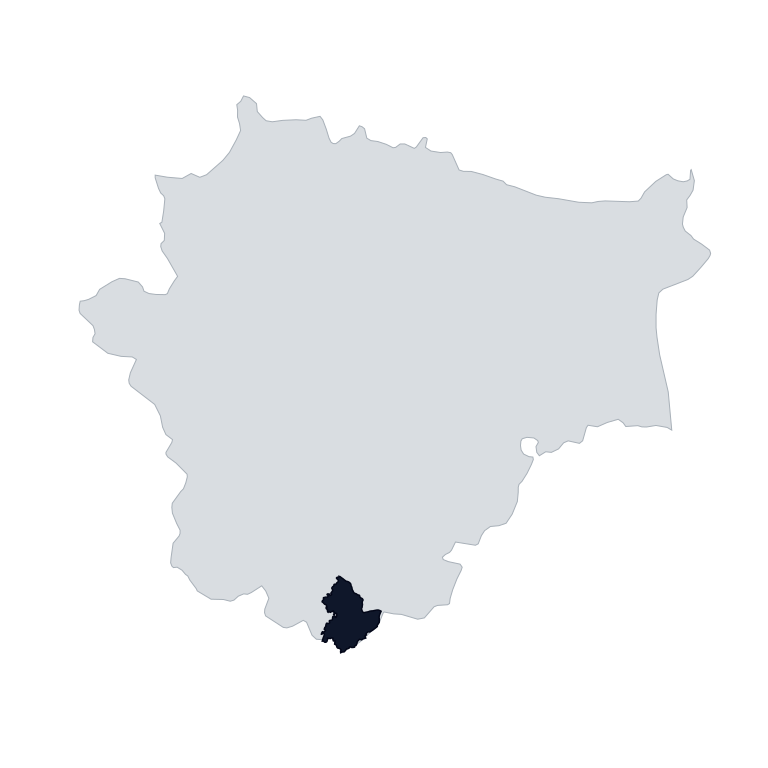 Verkhnyadzvinsk, Vitebsk, Belarus (highlighted), rotated 186°
{"feature_id": "67162791B82603429459213", "entity_name": "Verkhnyadzvinsk", "entity_type": "district", "adm_level": 2, "iso_a3": "BLR", "parent_name": "Belarus", "parent_adm1": "Vitebsk", "projection": "mercator", "projection_center": [28.26, 55.859], "detail": "fine", "context": "in_parent", "style": "filled", "palette": "ink", "viewbox_px": 768, "rotation_deg": 186, "n_neighbors": 0, "source": "geoboundaries", "source_scale": "gbopen_adm2", "svg_char_len": 9290}
<svg xmlns="http://www.w3.org/2000/svg" viewBox="0 0 768 768"><g transform="rotate(186 384 384)"><path d="M633.4,567.8L621.0,567.0L606.2,567.3L597.8,573.2L588.8,570.3L582.3,573.6L567.6,589.6L561.9,598.2L556.4,611.4L553.1,621.1L554.9,627.9L557.6,634.2L558.2,641.0L559.6,646.4L556.0,650.2L553.8,655.8L547.6,654.8L540.1,649.5L538.5,641.7L532.6,636.3L528.8,633.5L522.5,633.1L512.3,635.6L499.1,637.6L489.1,638.1L483.7,640.8L475.6,643.5L472.5,640.3L468.1,631.5L464.4,622.8L461.9,618.9L459.7,617.8L457.0,618.0L453.9,620.8L451.6,623.7L443.2,627.0L439.5,630.1L435.5,638.2L432.8,637.6L430.0,635.8L426.8,626.7L422.5,624.7L415.5,624.5L406.8,622.6L399.7,619.9L397.2,620.5L393.0,624.4L388.4,624.9L378.5,621.5L376.6,623.1L370.9,633.0L368.2,633.5L366.6,632.3L367.5,623.6L361.7,620.6L352.0,620.1L345.2,621.3L341.8,621.0L340.1,619.3L331.7,604.7L327.3,603.8L319.4,604.5L307.7,602.7L294.2,599.5L286.8,598.2L282.9,595.0L274.6,593.8L252.3,587.7L243.2,586.6L229.8,586.5L209.4,585.1L196.3,585.9L190.2,587.9L183.2,589.2L159.0,590.9L150.3,592.5L147.8,595.6L144.9,602.3L134.9,613.9L125.2,621.6L123.4,622.3L117.8,618.2L113.0,616.8L107.5,616.4L103.6,617.7L101.1,619.6L101.4,628.6L100.9,629.3L96.6,618.7L96.9,609.1L99.3,603.6L102.2,598.7L101.0,591.2L103.9,581.4L103.9,574.2L102.7,571.1L100.4,567.6L94.1,563.6L91.3,560.5L82.7,556.3L74.2,551.2L72.8,548.0L73.2,545.8L74.7,542.5L81.2,532.9L88.2,523.4L92.7,519.7L116.5,507.5L120.2,503.3L121.1,496.1L120.7,481.6L119.3,468.3L117.4,459.1L112.9,441.8L100.5,405.8L93.0,368.2L97.9,370.4L109.2,371.2L118.3,368.7L123.0,368.3L127.2,369.1L139.1,367.0L142.1,370.4L147.4,373.4L157.9,369.1L167.2,363.8L176.8,364.3L178.2,361.7L180.5,348.3L183.4,345.4L194.9,346.7L199.2,344.3L203.6,337.7L210.4,333.5L216.1,333.5L222.0,328.9L224.9,332.0L226.3,337.6L224.4,342.0L225.2,343.8L229.3,346.0L236.3,345.9L240.8,344.0L241.9,341.5L241.8,336.9L240.7,332.6L237.8,328.9L232.2,326.9L228.3,326.9L227.6,324.5L229.0,319.4L232.4,310.1L236.6,301.6L239.2,298.4L239.7,295.5L239.2,290.3L239.1,281.1L242.9,268.0L248.0,258.3L254.9,255.1L263.3,253.4L268.6,248.7L271.3,243.4L273.6,234.9L276.2,233.2L296.4,234.3L299.5,225.8L301.2,223.4L305.1,220.9L307.8,217.9L306.8,215.6L301.7,214.1L289.5,212.8L287.1,210.0L287.8,206.6L291.1,197.8L294.2,186.5L295.8,177.7L295.9,172.5L297.7,171.1L307.6,169.4L310.9,167.7L319.4,155.6L325.9,153.6L342.6,156.7L350.3,156.4L360.1,157.3L360.9,156.1L364.4,144.1L381.0,124.9L389.8,118.3L395.4,116.8L397.4,117.1L406.3,127.3L408.4,127.7L414.3,123.4L424.6,123.1L429.3,126.6L436.1,139.0L439.6,140.5L449.6,133.6L455.1,131.3L458.7,131.4L477.5,141.0L478.9,144.1L479.0,147.7L476.1,158.9L480.0,165.8L484.5,170.5L494.1,162.8L497.7,160.6L501.6,160.6L506.8,157.7L510.6,153.4L514.2,151.9L521.1,152.9L533.5,151.9L548.1,158.7L549.3,160.8L556.6,168.7L559.1,172.6L561.5,173.9L565.4,177.7L570.6,180.2L574.2,179.4L575.9,180.7L577.5,183.8L577.6,188.9L577.1,203.6L571.9,211.4L571.2,214.0L571.5,217.3L575.6,223.6L580.9,233.4L582.1,239.1L582.1,243.3L574.9,255.8L572.5,258.8L570.8,264.9L569.9,271.1L570.4,273.7L582.5,283.6L591.5,288.9L593.5,291.5L593.7,293.2L588.9,303.7L588.5,306.6L595.6,310.9L599.6,317.8L603.1,329.0L609.9,339.7L635.3,355.3L637.5,358.1L638.3,361.4L637.4,368.7L632.8,382.5L637.2,384.6L648.3,384.0L661.9,385.7L678.2,395.5L678.3,399.9L676.6,403.8L677.7,408.0L679.5,411.6L693.6,422.4L695.0,425.5L695.2,430.8L694.8,434.6L690.9,435.5L686.6,437.3L679.5,441.9L676.7,448.4L665.2,457.3L658.1,461.4L652.5,461.6L639.0,459.7L634.3,455.3L632.4,451.2L627.2,449.4L620.3,449.2L610.9,450.0L608.9,451.2L607.4,456.2L603.3,464.7L600.5,469.5L612.5,486.2L618.5,493.1L620.4,497.3L620.4,500.3L617.5,503.8L617.9,510.9L623.8,520.2L621.8,521.7L621.2,533.1L621.3,545.3L622.8,548.2L626.0,550.6L628.7,555.0L633.1,565.1L633.4,567.8Z" fill="#d9dde1" stroke="#a8b0b8" stroke-width="1"/><path d="M408.6,188.0L408.6,187.8L408.8,187.4L409.2,187.2L409.5,187.1L409.9,187.0L410.4,186.8L410.8,186.5L411.0,186.1L410.8,185.6L410.5,185.3L410.0,185.1L409.6,184.8L409.3,184.4L408.9,183.9L408.9,183.4L408.9,182.8L409.1,182.4L409.3,182.1L409.5,182.0L409.9,181.6L410.3,181.1L410.4,180.8L410.5,180.3L410.7,180.0L411.1,179.8L411.5,179.8L411.8,179.8L412.2,179.7L412.6,179.5L412.8,179.1L412.8,178.7L412.8,178.3L412.9,178.0L413.1,177.5L413.4,177.4L413.8,177.1L414.0,176.8L414.3,176.4L414.5,176.0L414.5,175.5L414.4,175.0L414.1,174.7L413.7,174.3L413.6,173.9L413.6,173.5L413.6,173.0L413.6,172.7L413.7,172.3L414.0,172.0L414.3,171.7L414.5,171.4L414.7,171.1L414.8,170.8L414.9,170.3L414.8,170.0L414.5,169.7L414.2,169.6L414.1,169.3L414.1,169.0L414.2,168.8L414.5,168.5L414.7,168.3L414.9,168.2L415.2,168.2L415.5,168.2L415.9,168.5L416.0,168.7L416.2,169.1L416.3,169.3L416.6,169.4L416.9,169.4L417.2,169.4L417.6,169.4L417.9,169.4L418.4,169.2L418.5,168.8L418.6,168.5L418.4,168.3L418.0,168.1L417.7,167.8L417.4,167.5L417.2,167.2L417.3,167.0L417.5,166.7L418.0,166.4L418.4,166.1L419.0,166.0L420.0,165.9L420.4,165.7L420.9,165.5L421.4,165.3L421.8,165.2L421.9,164.7L421.8,164.4L421.7,164.0L421.6,163.4L421.7,163.0L421.8,162.7L422.2,162.5L422.5,162.2L422.7,161.6L422.8,161.3L422.7,160.8L422.4,160.7L422.1,160.5L421.7,160.3L421.4,160.0L421.1,159.7L420.8,159.5L420.5,159.2L420.2,158.9L419.9,158.7L419.5,158.7L419.2,158.7L418.6,158.5L418.4,158.3L418.2,158.1L418.1,157.8L418.1,157.5L418.2,157.2L417.8,156.7L417.5,156.5L417.4,156.3L417.4,156.1L417.6,155.9L417.8,155.9L418.0,155.8L418.2,155.6L418.2,155.4L418.2,155.2L418.1,154.9L418.0,154.7L417.9,154.5L417.6,154.3L417.4,154.1L417.0,154.1L416.7,154.0L416.5,153.7L416.5,153.4L416.6,153.1L416.6,152.7L416.6,152.4L416.5,152.2L416.3,151.9L416.1,151.6L416.0,151.3L415.7,151.1L415.5,151.4L415.3,151.7L415.2,151.9L414.8,152.0L414.5,151.9L414.2,151.6L413.9,151.4L413.6,151.3L413.2,151.4L412.9,151.8L412.5,152.1L412.2,152.2L411.9,152.2L411.6,152.5L411.3,152.7L411.1,152.8L410.8,153.0L410.5,153.0L410.3,152.8L410.3,152.5L410.3,152.2L410.2,151.9L409.7,151.8L409.4,151.7L409.2,151.3L409.3,150.9L409.5,150.6L409.9,150.1L410.0,149.6L409.7,149.5L409.3,149.5L409.0,149.8L408.8,150.3L408.5,150.6L408.3,150.8L408.1,151.0L407.7,151.0L407.1,150.7L407.0,150.2L406.8,149.5L406.8,149.1L406.8,148.4L406.9,147.7L407.0,147.3L407.3,146.9L407.7,146.8L408.1,146.8L408.1,147.2L408.1,147.6L408.4,148.0L408.8,148.0L409.2,148.0L409.7,148.0L410.3,147.6L410.6,147.2L410.7,146.5L410.7,145.5L410.7,145.1L410.7,144.6L410.9,144.1L411.2,143.7L411.5,143.6L411.9,143.5L412.4,143.4L413.0,143.2L413.5,143.0L413.6,142.7L413.6,142.3L413.5,142.0L413.3,141.7L413.2,141.4L413.1,141.1L413.2,140.5L413.4,140.3L413.5,140.2L413.9,140.2L414.1,140.2L414.5,140.1L415.0,139.9L415.3,140.0L415.6,140.2L415.8,140.2L416.2,139.9L416.4,139.2L416.5,138.7L416.6,138.3L416.6,137.5L416.5,136.9L416.7,136.6L417.0,136.1L417.3,135.8L417.5,135.3L417.7,134.8L417.7,134.1L417.7,133.6L417.4,133.4L417.1,133.4L416.8,133.2L416.4,132.7L416.4,132.4L416.7,132.0L417.0,131.7L417.3,131.5L417.5,131.2L417.8,131.0L418.0,131.0L418.3,131.1L418.8,131.2L419.3,131.2L419.6,130.7L419.7,130.3L419.9,129.9L420.0,129.6L420.1,129.2L420.1,128.9L420.1,128.6L419.8,128.6L419.7,128.6L419.4,128.9L419.2,129.1L419.1,129.3L418.9,129.4L418.5,129.6L418.1,129.6L417.6,129.4L417.3,129.1L417.2,128.5L417.2,127.9L417.4,127.3L417.5,126.8L417.7,126.0L417.9,125.5L417.9,124.8L418.1,124.2L418.3,123.8L418.5,121.8L417.4,122.0L415.9,121.0L414.8,121.1L413.9,121.9L413.5,124.0L413.7,125.3L412.3,125.3L410.8,125.2L409.8,125.9L408.3,125.9L408.1,124.5L407.5,123.2L405.6,123.2L405.9,121.8L405.9,120.1L404.3,119.5L403.9,118.8L403.4,117.5L402.6,116.6L400.4,116.3L398.8,115.1L399.3,113.8L399.0,112.2L397.4,113.1L395.7,113.4L394.5,114.9L393.4,116.8L392.6,116.7L391.0,117.8L390.8,118.8L389.8,119.1L389.0,118.6L387.4,118.7L385.8,119.2L385.5,120.7L384.5,121.1L383.9,122.7L383.6,125.0L381.8,127.5L379.4,127.2L378.6,128.1L375.6,129.4L376.7,131.5L375.3,132.6L375.8,133.6L374.3,135.8L372.2,135.9L369.3,138.2L366.6,140.8L365.3,142.1L365.6,143.1L364.7,144.9L363.8,146.6L364.1,149.7L364.5,151.6L364.4,153.4L363.8,155.6L363.1,157.7L364.3,158.2L365.0,158.4L365.9,158.6L366.5,158.6L367.0,158.5L367.7,158.4L368.0,158.3L368.4,158.2L368.9,158.0L369.7,157.8L370.6,157.5L371.0,157.3L371.6,157.2L372.3,157.1L373.7,156.8L374.4,156.6L375.7,155.9L376.2,155.7L376.9,155.5L377.3,155.4L378.1,155.1L378.7,155.0L379.2,154.8L379.6,154.6L380.0,154.5L380.5,154.5L381.2,155.0L381.5,155.4L381.9,156.0L382.2,156.3L382.3,156.7L382.5,157.2L382.7,157.7L382.8,158.1L382.8,158.6L382.8,158.9L382.6,159.2L382.5,159.4L382.4,159.9L382.4,160.4L382.5,160.8L382.5,161.2L382.4,161.6L382.3,162.0L382.4,162.7L382.5,163.2L382.8,163.6L382.8,163.9L382.8,164.3L382.8,164.6L382.8,165.0L382.8,165.4L382.7,165.8L382.6,166.0L382.4,166.4L382.3,166.7L382.4,167.4L382.8,167.9L383.2,168.3L383.7,168.5L384.3,168.7L384.7,168.9L385.1,169.1L385.5,169.5L385.8,169.9L386.0,170.4L386.1,170.8L386.3,171.2L386.9,171.5L387.3,171.5L387.8,171.5L388.2,171.6L388.6,171.8L389.0,172.1L389.8,172.5L390.7,172.7L391.1,172.7L391.5,172.9L392.1,173.3L392.4,173.7L392.8,174.2L393.0,174.6L393.2,175.0L393.5,175.4L394.0,176.1L394.3,176.8L394.5,177.8L394.7,178.3L394.9,178.7L395.2,179.3L395.5,179.7L395.8,180.2L395.9,181.0L396.1,181.4L396.4,182.0L396.8,182.3L397.3,182.8L398.2,183.3L398.9,183.6L399.8,183.8L400.4,183.9L401.1,183.9L401.6,184.2L402.2,184.6L402.9,185.0L403.8,185.6L404.7,186.2L405.7,186.7L406.7,187.3L407.3,187.7L407.7,187.9L408.0,187.9L408.4,187.9L408.6,188.0Z" fill="#0f172a" stroke="#020617" stroke-width="1.5"/></g></svg>